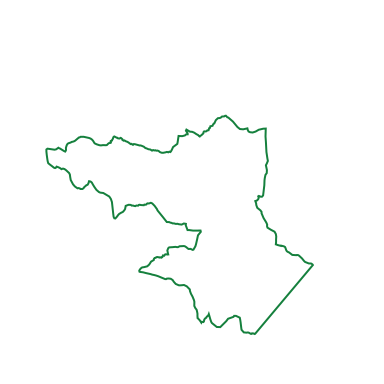 the district of Nyunzu, Katanga, Democratic Republic of the Congo, rotated 129°
{"feature_id": "63176286B34424841963647", "entity_name": "Nyunzu", "entity_type": "district", "adm_level": 2, "iso_a3": "COD", "parent_name": "Democratic Republic of the Congo", "parent_adm1": "Katanga", "projection": "equal_earth", "projection_center": [28.006, -5.86], "detail": "fine", "context": "isolated", "style": "outline", "palette": "green", "viewbox_px": 384, "rotation_deg": 129, "n_neighbors": 0, "source": "geoboundaries", "source_scale": "gbopen_adm2", "svg_char_len": 5924}
<svg xmlns="http://www.w3.org/2000/svg" viewBox="0 0 384 384"><g transform="rotate(129 192 192)"><path d="M215.3,298.9L214.9,299.9L214.5,301.0L214.2,302.6L214.3,304.4L214.8,306.0L215.3,307.0L217.2,310.8L219.2,313.3L220.3,313.7L220.8,314.2L225.6,315.1L226.7,315.5L228.1,316.4L228.9,317.1L229.9,317.4L231.9,318.7L232.9,319.0L234.5,318.8L236.0,318.2L237.0,317.8L238.6,316.4L239.3,316.1L240.4,316.0L240.7,317.2L241.3,322.0L241.7,323.1L241.7,323.7L244.3,324.4L245.6,325.4L248.2,329.8L249.3,331.6L250.6,331.9L252.2,330.6L254.7,328.1L257.7,324.9L259.0,323.4L260.1,321.8L260.1,319.5L260.0,316.6L260.0,314.6L259.6,313.5L259.0,313.1L257.5,313.2L256.8,311.2L256.4,309.1L256.4,307.8L255.0,307.0L254.4,305.5L254.3,303.6L254.6,299.4L255.3,297.9L257.0,296.1L259.0,293.8L260.9,289.3L261.4,286.5L261.2,283.3L260.3,282.6L259.8,281.2L259.9,280.6L258.7,279.1L257.4,278.7L255.5,278.8L254.7,278.5L253.3,278.4L252.1,277.7L250.6,277.9L248.4,278.8L247.7,277.4L247.7,275.8L248.5,273.9L249.5,271.1L250.5,267.6L250.6,264.3L250.2,262.9L248.6,260.3L247.6,253.5L247.9,252.4L248.5,250.6L250.2,247.9L258.6,239.4L260.6,237.3L261.3,235.8L260.8,234.9L258.4,234.8L256.2,234.9L254.9,234.8L252.9,234.1L251.0,233.2L248.9,233.1L247.3,233.3L244.5,234.8L241.8,233.2L240.6,231.5L240.5,230.9L240.5,230.3L239.7,229.4L239.1,227.9L238.6,227.1L237.6,226.8L236.4,225.2L235.5,225.2L234.8,224.6L234.3,223.5L232.6,221.1L231.8,221.1L231.0,220.0L230.4,219.6L229.5,219.7L228.7,219.3L228.3,218.6L228.1,218.3L226.3,217.2L225.9,215.7L226.3,212.3L227.4,208.3L228.0,207.3L229.9,198.4L231.2,192.7L229.8,190.9L229.7,190.5L229.3,189.2L228.9,188.6L228.6,187.3L227.7,186.2L227.1,184.7L226.6,184.1L225.8,183.2L225.6,182.7L225.4,182.1L223.8,179.5L221.6,178.5L220.8,177.1L220.6,176.7L221.8,175.9L224.4,171.5L223.2,170.0L221.4,167.0L216.6,161.1L217.4,160.1L221.9,160.1L225.2,158.4L230.1,156.0L232.1,155.2L235.9,154.6L236.6,155.1L237.1,157.3L238.4,158.8L238.5,158.9L238.5,162.0L238.7,163.5L239.2,164.4L242.0,167.5L243.7,168.2L244.2,168.8L245.1,170.4L247.1,172.4L249.4,174.9L250.6,175.1L252.2,174.6L252.9,174.4L254.9,172.0L255.5,171.2L256.2,171.9L256.3,172.1L256.5,172.6L257.1,173.4L257.4,173.6L259.0,173.5L259.5,174.6L260.6,174.2L260.8,174.4L261.5,174.2L261.9,174.7L262.4,174.6L263.0,175.9L263.4,176.0L264.1,177.7L265.1,178.7L266.0,178.8L266.8,179.5L267.9,179.5L268.9,178.9L271.9,180.0L273.4,179.8L275.3,179.6L277.9,180.0L280.6,182.0L282.0,183.3L283.6,183.7L285.1,183.7L286.3,183.5L287.0,182.7L286.9,182.3L286.5,181.6L285.2,179.5L283.9,176.6L281.8,172.4L281.3,171.0L280.3,169.1L279.5,167.3L278.7,165.2L277.8,162.1L276.6,158.1L276.0,157.3L275.1,157.0L273.9,155.7L272.8,153.9L272.6,151.6L273.2,149.8L273.7,146.8L273.1,144.6L272.7,143.3L271.3,141.7L269.3,139.7L268.6,136.7L269.1,132.4L270.2,131.3L271.7,128.8L273.0,125.7L274.8,122.4L275.8,121.1L279.1,118.5L280.1,116.4L280.6,114.3L281.9,112.6L283.2,111.1L285.1,109.6L285.3,109.4L285.8,108.8L286.4,108.5L286.8,105.4L287.3,103.7L287.7,102.5L286.7,102.7L285.9,101.3L285.1,101.3L283.3,102.2L281.8,102.2L280.7,101.8L279.6,102.1L278.2,101.7L276.9,101.9L276.3,102.1L277.6,100.2L279.5,97.5L280.9,95.2L281.3,94.1L281.3,89.8L281.3,87.8L279.2,85.0L270.8,84.1L267.8,84.2L264.9,82.4L262.9,81.2L261.7,81.3L260.6,79.9L259.6,75.8L260.8,74.3L262.8,72.1L266.7,68.1L267.9,66.8L268.5,63.4L267.0,61.1L266.0,60.2L265.6,59.4L265.2,57.0L264.7,56.4L264.0,56.4L263.4,55.2L263.1,55.0L262.9,53.9L262.4,53.7L172.7,52.1L172.5,52.6L172.5,53.3L172.5,54.1L173.1,55.1L174.0,56.2L175.2,60.1L175.1,61.4L174.9,62.4L174.4,64.7L174.1,68.8L174.3,69.9L175.0,70.9L175.4,71.1L177.1,73.5L177.8,74.5L177.8,75.5L177.9,78.6L178.3,80.1L178.3,81.1L177.8,82.4L177.0,83.6L176.2,85.0L176.4,86.4L177.6,89.0L177.9,88.9L179.5,92.5L179.6,93.4L179.9,93.9L177.8,95.3L176.1,96.7L173.6,98.5L171.9,100.4L170.9,102.9L171.7,106.9L172.2,110.9L171.3,112.2L170.0,113.1L169.0,115.0L167.2,120.0L165.6,123.0L164.8,124.5L163.7,125.4L163.2,127.3L163.2,131.3L161.7,133.8L160.4,135.1L159.2,137.1L157.8,136.2L156.0,136.0L154.5,136.5L153.7,137.8L153.0,137.6L152.3,135.4L151.5,134.6L149.9,134.6L146.7,136.6L141.3,140.0L137.3,143.0L135.2,144.3L132.4,145.7L130.3,145.8L127.8,147.6L124.7,151.4L122.8,151.8L120.1,152.6L118.5,154.5L114.1,159.3L107.1,165.6L102.6,169.8L96.3,174.6L98.0,176.5L101.6,179.3L105.0,180.6L107.6,182.3L109.0,184.5L109.4,186.1L108.7,187.7L107.7,189.0L111.1,191.7L112.9,194.4L112.9,197.6L111.5,204.5L111.3,210.6L111.7,211.6L111.5,212.9L111.4,213.7L112.1,214.3L112.3,214.3L112.9,214.5L114.5,216.2L116.3,216.5L117.4,217.3L118.3,218.3L121.2,218.7L124.7,217.8L125.2,218.2L126.7,218.0L126.9,218.0L127.1,217.9L127.6,217.7L128.6,218.4L128.7,218.5L129.3,219.1L130.7,218.5L131.2,218.4L131.6,218.8L133.6,218.0L134.5,218.9L135.7,219.0L136.4,219.5L137.2,220.7L138.4,220.7L139.2,220.1L139.8,220.1L140.6,220.3L141.9,220.4L142.2,220.5L143.2,220.9L144.0,220.9L144.1,221.6L143.9,222.9L144.3,225.1L144.5,227.6L145.1,229.7L146.4,231.6L147.0,235.6L148.2,235.3L149.1,232.4L149.9,231.7L150.9,232.8L152.5,233.1L154.7,234.7L156.2,236.7L156.9,237.7L162.7,234.3L163.9,233.7L166.2,234.3L169.0,235.0L171.6,234.3L173.8,233.9L174.6,234.0L174.9,235.0L176.1,235.4L176.6,236.7L177.8,237.5L179.7,239.1L180.6,240.3L180.9,241.2L181.2,242.2L181.1,243.7L181.6,245.0L182.4,245.8L182.6,246.7L183.5,247.5L183.8,248.5L184.3,248.9L185.0,249.1L185.2,251.1L186.2,252.8L186.8,255.1L187.2,255.8L187.1,257.9L187.9,260.6L188.4,261.6L188.8,261.9L189.6,263.8L190.9,266.7L191.7,267.7L192.5,267.6L192.6,268.0L192.8,269.6L193.4,269.9L193.4,270.6L193.5,272.6L193.7,273.9L194.2,275.2L194.4,276.9L194.7,277.4L195.1,277.4L195.2,277.8L195.3,278.9L194.8,279.4L194.7,281.0L194.9,281.6L195.3,281.7L196.0,281.9L196.9,283.3L196.9,284.2L197.1,284.3L197.7,287.3L197.9,287.4L198.0,287.5L198.8,287.6L200.8,286.9L201.7,286.9L202.2,286.6L202.6,286.6L203.3,287.2L203.8,287.2L204.5,286.2L205.0,286.1L206.3,287.3L207.0,287.5L209.0,287.7L209.7,288.2L211.6,290.7L213.1,292.1L213.9,293.4L214.9,296.0L215.4,298.0L215.3,298.9Z" fill="none" stroke="#15803d" stroke-width="2"/></g></svg>